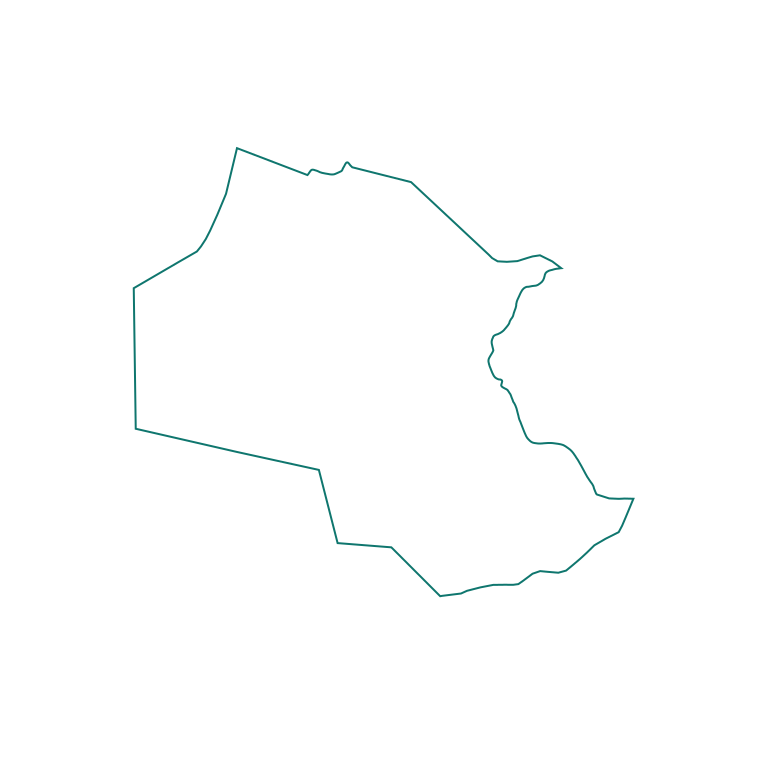 outline of Langue, Valle, Honduras, rotated 135°
{"feature_id": "27666195B29831378343973", "entity_name": "Langue", "entity_type": "district", "adm_level": 2, "iso_a3": "HND", "parent_name": "Honduras", "parent_adm1": "Valle", "projection": "orthographic", "projection_center": [-87.663, 13.662], "detail": "fine", "context": "isolated", "style": "outline", "palette": "teal", "viewbox_px": 768, "rotation_deg": 135, "n_neighbors": 0, "source": "geoboundaries", "source_scale": "gbopen_adm2", "svg_char_len": 6046}
<svg xmlns="http://www.w3.org/2000/svg" viewBox="0 0 768 768"><g transform="rotate(135 384 384)"><path d="M322.8,113.3L315.9,115.4L307.2,118.9L288.8,126.5L294.8,132.8L299.1,136.7L305.7,143.9L310.7,153.6L311.0,154.1L311.3,154.8L311.5,155.1L311.5,155.3L311.6,155.5L311.6,156.0L311.5,156.3L311.5,156.6L311.3,157.1L311.0,157.7L310.8,158.3L309.6,161.1L309.1,162.1L308.5,163.1L308.3,163.6L308.0,164.2L307.9,164.7L307.6,165.7L307.4,166.6L307.2,168.2L306.9,169.8L306.8,170.5L306.3,172.8L306.0,174.3L305.9,174.9L305.6,175.8L305.0,178.0L303.2,183.9L302.8,185.3L302.4,186.6L301.7,189.2L301.0,191.8L300.7,192.8L300.5,193.8L300.1,195.9L299.6,198.0L299.4,199.3L299.1,200.8L299.0,201.6L298.9,202.5L298.8,203.5L298.8,204.1L298.8,204.6L298.8,205.2L298.8,205.9L298.9,206.4L299.1,208.1L299.4,209.8L299.6,210.9L299.7,211.6L300.1,212.8L300.2,213.5L300.4,213.9L300.5,214.2L300.8,214.8L301.3,215.7L301.7,216.4L302.6,217.7L303.2,218.6L303.9,219.5L305.8,222.0L306.5,222.9L307.1,223.6L308.2,224.8L308.7,225.3L309.2,225.8L310.3,226.8L312.7,228.9L314.4,230.3L315.6,231.4L316.1,231.9L316.6,232.4L317.3,233.2L318.3,234.5L319.0,235.4L319.5,236.1L319.8,236.6L320.1,237.1L320.3,237.5L320.5,238.0L320.6,238.4L320.7,238.7L320.8,239.1L320.9,239.6L320.9,239.9L321.0,240.4L321.0,241.0L321.0,241.9L321.0,243.1L320.9,243.9L320.9,244.4L320.7,245.3L320.5,246.1L320.3,246.8L319.9,247.8L319.2,249.7L318.4,251.6L317.0,254.8L315.1,259.1L314.4,260.6L314.0,261.7L313.4,263.2L313.0,263.9L312.8,264.3L312.4,265.0L311.3,266.7L310.5,268.1L308.2,272.0L307.6,273.0L307.2,273.9L306.8,274.8L306.5,275.4L306.1,276.5L305.8,277.4L305.5,278.3L305.4,278.9L305.3,279.6L305.2,279.9L305.1,280.2L304.9,280.6L304.6,281.3L304.1,282.2L304.0,282.6L303.0,284.9L302.7,285.4L302.4,286.2L302.2,286.6L302.0,287.0L301.9,287.3L301.6,289.0L301.3,290.3L301.0,292.0L300.9,292.4L300.9,292.6L301.0,292.8L301.2,293.9L301.5,294.7L301.9,296.0L302.0,296.4L302.2,296.9L302.3,297.6L302.4,298.3L302.5,298.6L302.5,298.9L302.4,299.1L302.4,299.4L302.3,299.7L302.2,300.0L301.8,300.4L301.3,300.7L300.2,301.3L298.7,302.2L298.6,302.3L298.4,302.5L298.2,302.9L298.2,303.1L298.1,303.4L298.1,303.6L298.2,304.0L298.3,304.3L298.4,304.6L298.6,304.9L298.7,305.1L298.8,305.2L299.1,305.5L299.4,305.8L299.6,306.1L299.7,306.3L299.9,306.7L300.0,307.0L300.2,307.5L300.4,308.1L300.6,308.6L300.6,309.0L300.7,309.5L300.8,310.0L300.8,310.4L300.7,310.9L300.7,311.3L300.6,311.8L300.5,312.4L300.2,313.3L299.8,314.5L299.5,315.4L299.2,316.1L298.4,318.0L297.3,320.5L296.8,321.7L296.4,322.5L295.9,323.3L295.7,323.8L295.2,324.5L295.0,324.9L294.6,325.5L294.4,325.8L294.1,326.2L293.7,326.5L293.4,326.9L292.9,327.2L292.5,327.5L292.2,327.6L291.9,327.8L291.0,328.1L289.3,328.6L287.3,329.1L284.8,329.7L284.4,329.9L284.0,330.0L283.6,330.2L283.2,330.3L282.8,330.6L282.7,330.8L282.5,331.1L282.3,331.4L281.7,332.4L281.3,333.1L279.6,335.8L279.2,336.4L278.9,336.8L278.5,337.2L278.2,337.6L277.9,337.8L277.6,338.1L277.4,338.3L277.1,338.4L276.1,339.0L275.5,339.3L274.6,339.6L273.8,340.0L273.2,340.2L272.8,340.3L272.6,340.3L272.4,340.3L272.0,340.3L271.8,340.2L271.2,340.1L270.7,340.0L270.1,339.7L269.6,339.5L268.9,339.1L268.3,338.8L267.5,338.5L266.5,338.2L265.8,337.9L264.7,337.7L263.8,337.5L262.9,337.4L262.0,337.3L260.8,337.3L260.0,337.4L258.4,337.5L257.3,337.6L256.3,337.7L254.7,337.9L254.2,338.0L253.8,338.1L253.2,338.2L252.9,338.3L252.4,338.5L251.6,338.9L250.9,339.3L250.0,339.6L249.5,339.7L248.7,340.0L247.9,340.1L247.4,340.2L246.4,340.3L245.9,340.5L245.4,340.6L244.8,340.8L244.4,341.0L243.7,341.4L241.8,342.5L240.7,343.0L239.5,343.6L237.3,344.6L236.3,345.2L235.8,345.5L235.6,345.6L235.2,345.9L234.8,346.2L234.1,346.9L233.7,347.2L233.4,347.4L233.0,347.6L232.7,347.8L231.8,348.4L230.9,348.8L230.5,349.0L229.8,349.3L227.6,350.1L226.5,350.5L224.4,351.3L223.0,351.8L222.4,352.0L221.2,352.3L220.1,352.6L219.4,352.7L218.7,352.7L218.1,352.8L217.4,352.7L217.0,352.7L216.5,352.6L215.9,352.4L215.4,352.2L214.9,352.1L214.6,351.9L214.3,351.7L213.8,351.3L213.2,350.7L212.9,350.5L212.1,349.9L210.0,348.5L209.1,347.8L207.6,346.6L207.1,346.2L206.7,346.0L206.4,345.8L206.1,345.7L205.5,345.4L204.8,345.2L203.8,345.0L203.1,344.9L202.7,344.8L202.1,344.7L201.5,344.7L200.5,344.6L200.0,344.6L199.3,344.7L198.7,344.8L198.2,344.9L197.7,345.0L197.3,345.2L196.5,345.5L196.0,345.7L194.8,346.4L194.2,346.7L193.6,347.1L193.0,347.5L192.5,347.7L192.1,347.8L191.8,348.0L191.5,348.1L191.0,348.1L190.6,348.2L190.4,348.2L189.9,348.1L189.5,348.1L189.0,348.0L188.7,347.9L187.7,347.6L187.2,347.4L186.9,347.3L186.0,346.8L184.4,345.8L183.1,345.1L181.9,344.4L181.5,344.1L180.7,343.6L179.3,342.5L178.3,341.7L177.4,341.1L176.8,340.6L178.3,351.6L182.7,364.7L188.8,369.2L193.6,371.8L202.8,376.6L210.7,383.5L216.9,390.4L218.5,396.5L218.5,401.4L222.1,507.6L253.2,559.7L253.2,560.3L253.2,561.2L253.2,561.7L253.2,562.4L253.1,563.2L252.9,564.8L252.9,565.1L252.9,565.3L252.9,565.7L253.0,565.9L253.0,566.2L253.1,566.3L253.2,566.5L253.3,566.7L253.5,566.8L253.8,567.0L254.0,567.1L254.3,567.1L254.5,567.1L255.7,566.9L256.1,566.8L258.3,566.1L260.2,565.6L260.6,565.5L261.1,565.3L261.5,565.1L262.0,564.9L262.7,564.7L263.2,564.7L263.3,564.7L263.6,564.7L264.0,564.8L265.4,565.3L267.3,566.0L269.6,566.9L270.1,567.1L270.6,567.4L270.9,567.5L271.3,567.8L271.6,568.0L271.9,568.3L272.4,568.7L272.7,569.0L273.3,569.7L273.9,570.4L275.2,572.3L276.5,574.1L277.9,576.2L278.6,577.3L279.1,578.3L279.5,579.0L279.7,579.6L280.2,581.0L280.6,582.0L281.1,583.0L281.7,584.1L282.1,584.9L282.4,585.4L282.8,585.8L283.1,586.2L283.2,586.3L283.4,586.4L283.6,586.5L283.9,586.6L284.3,586.6L284.5,586.7L284.9,586.7L285.4,586.6L285.7,586.6L287.4,586.3L289.0,586.0L289.6,585.9L290.4,585.9L321.2,654.7L361.2,630.2L382.3,621.5L398.5,615.4L407.5,612.5L416.1,610.7L422.6,610.0L443.8,615.7L493.2,628.7L591.2,527.9L536.2,440.2L490.8,369.3L529.3,304.3L494.3,263.3L494.3,194.2L492.7,193.1L477.7,181.4L471.6,179.1L459.6,172.0L448.8,164.7L440.4,156.5L434.7,150.7L430.5,147.5L424.8,146.5L413.1,144.8L405.9,141.3L401.7,136.2L394.2,127.3L387.2,123.3L378.9,122.5L369.1,121.7L359.7,121.3L349.3,121.2L336.8,117.9L322.8,113.3Z" fill="none" stroke="#0f766e" stroke-width="2"/></g></svg>